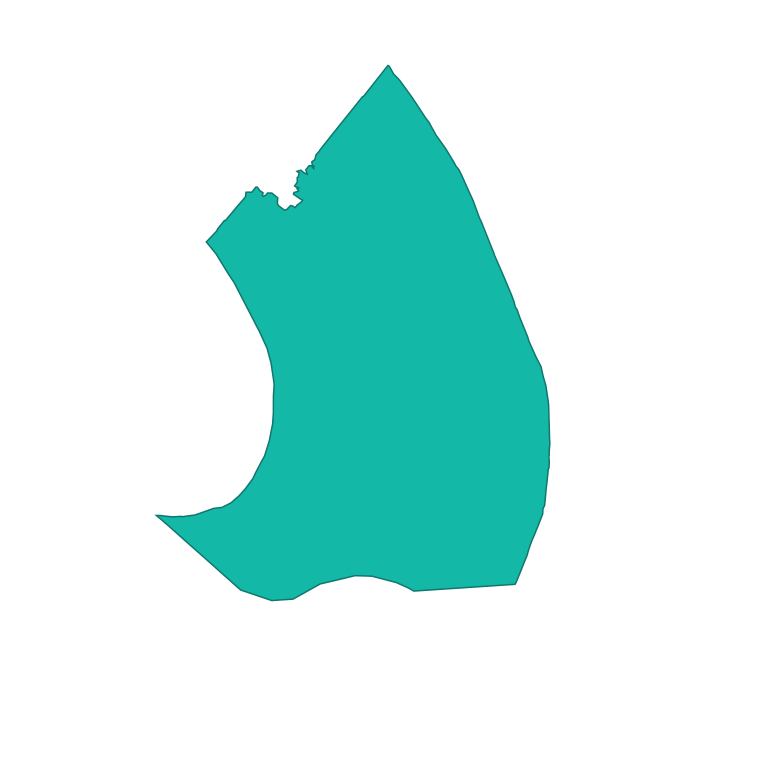 outline of Lower Saloum, Central River, Gambia, rotated 129°
{"feature_id": "56634734B70409077095290", "entity_name": "Lower Saloum", "entity_type": "district", "adm_level": 2, "iso_a3": "GMB", "parent_name": "Gambia", "parent_adm1": "Central River", "projection": "orthographic", "projection_center": [-15.38, 13.709], "detail": "fine", "context": "isolated", "style": "filled", "palette": "teal", "viewbox_px": 768, "rotation_deg": 129, "n_neighbors": 0, "source": "geoboundaries", "source_scale": "gbopen_adm2", "svg_char_len": 2535}
<svg xmlns="http://www.w3.org/2000/svg" viewBox="0 0 768 768"><g transform="rotate(129 384 384)"><path d="M629.4,478.1L629.8,463.7L631.0,438.5L632.2,410.8L633.4,386.2L633.5,382.4L633.8,377.0L634.3,365.7L622.9,334.9L616.9,328.5L608.7,319.6L608.4,319.3L579.6,307.8L569.8,300.2L563.2,295.1L551.3,286.0L546.6,279.9L544.0,276.5L540.8,272.2L536.9,263.5L530.6,249.6L528.1,240.2L527.0,235.9L526.2,230.6L524.1,228.3L474.9,175.2L457.2,156.1L455.5,156.4L454.3,156.7L445.2,159.4L433.1,163.2L427.8,164.7L420.2,167.9L411.4,170.9L407.0,172.0L401.4,173.8L398.1,174.7L385.1,178.9L381.0,181.9L377.2,182.8L371.3,186.7L363.0,192.3L358.6,195.0L346.5,202.9L345.5,202.9L340.5,206.5L336.9,210.0L335.2,210.9L333.1,212.7L325.7,217.8L321.9,221.3L314.8,227.3L312.6,229.2L311.0,230.6L297.0,242.6L294.0,245.6L283.4,257.2L277.8,265.2L271.7,272.9L267.2,283.1L262.0,293.4L259.6,298.2L256.9,302.1L250.5,313.7L249.1,316.2L246.8,320.4L242.4,327.5L241.5,330.5L238.5,334.3L234.4,341.2L224.7,359.3L214.0,379.9L213.4,380.6L196.9,410.0L194.7,414.6L185.3,430.3L179.4,442.2L172.6,455.6L170.3,460.7L169.4,465.1L167.3,470.2L162.3,484.1L157.8,500.3L153.7,510.4L153.4,511.1L152.5,513.1L151.0,519.3L149.6,523.5L143.7,542.2L138.1,563.0L137.0,571.6L133.7,580.0L134.0,581.4L134.5,581.4L173.1,580.9L174.3,581.5L221.1,581.3L242.5,581.1L243.4,580.8L248.4,581.1L250.5,580.2L253.1,579.0L256.9,579.9L259.6,576.6L258.7,575.5L260.8,574.3L260.2,578.1L261.4,579.6L266.7,579.6L269.3,575.7L270.2,579.0L270.2,583.2L273.5,585.5L273.5,582.6L277.0,581.1L278.2,581.4L281.7,578.4L283.3,578.3L286.4,578.1L286.4,576.9L285.3,573.9L287.0,574.5L287.6,572.1L288.5,572.1L291.8,574.5L293.5,573.9L292.9,565.9L292.3,562.9L294.7,562.9L299.7,564.1L302.9,564.1L303.0,566.5L304.1,568.9L309.7,569.4L311.5,570.9L311.8,578.3L310.6,580.7L306.2,583.7L306.2,586.1L306.2,591.4L308.9,594.7L311.6,594.7L314.2,595.9L314.2,597.1L311.6,598.2L311.6,600.0L311.9,602.1L310.7,606.3L311.6,607.5L318.1,607.4L320.7,610.7L321.9,611.9L325.4,609.5L329.9,609.5L330.1,609.5L337.0,609.8L356.7,610.1L357.3,610.9L368.2,610.9L370.3,610.3L384.6,611.4L385.4,611.5L388.6,596.3L396.2,574.9L399.5,564.3L407.1,547.0L414.5,530.1L420.0,517.6L421.5,514.0L429.9,497.2L430.0,497.1L439.0,484.7L453.2,469.3L462.9,462.4L476.2,451.7L485.0,445.5L500.3,437.4L503.8,436.0L514.7,431.7L515.4,431.5L522.2,430.3L525.0,429.7L534.0,427.9L535.4,427.5L539.9,426.4L552.6,425.8L562.3,426.3L572.6,428.1L581.8,432.2L588.0,438.2L604.8,448.5L614.4,457.6L614.4,458.2L620.3,464.7L623.3,469.2L627.2,475.4L629.4,478.1Z" fill="#14b8a6" stroke="#0f766e" stroke-width="1.5"/></g></svg>